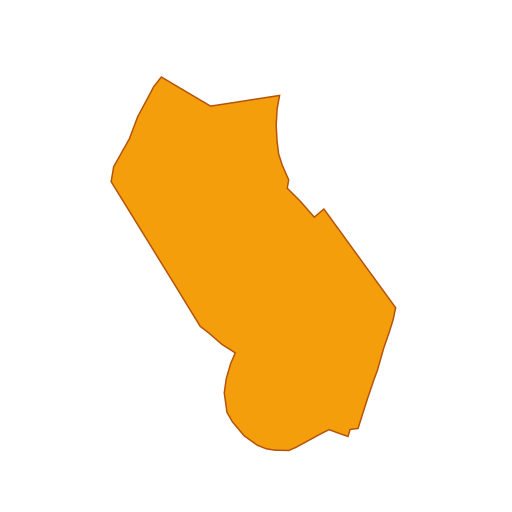 Tuol Kouk, Phnom Penh, Cambodia (Mercator projection), rotated 332°
{"feature_id": "14789045B87565610199894", "entity_name": "Tuol Kouk", "entity_type": "district", "adm_level": 2, "iso_a3": "KHM", "parent_name": "Cambodia", "parent_adm1": "Phnom Penh", "projection": "mercator", "projection_center": [104.898, 11.57], "detail": "fine", "context": "isolated", "style": "filled", "palette": "amber", "viewbox_px": 512, "rotation_deg": 332, "n_neighbors": 0, "source": "geoboundaries", "source_scale": "gbopen_adm2", "svg_char_len": 814}
<svg xmlns="http://www.w3.org/2000/svg" viewBox="0 0 512 512"><g transform="rotate(332 256 256)"><path d="M355.0,367.3L351.3,340.8L345.3,298.6L342.7,279.6L341.6,271.8L338.0,246.4L325.7,249.1L320.6,227.7L315.4,210.8L320.6,204.2L321.8,188.2L323.9,176.5L328.5,164.5L335.1,150.2L343.6,136.2L352.2,125.3L286.2,102.3L256.4,53.5L245.0,58.6L233.5,66.4L216.9,77.5L199.3,93.0L172.2,110.4L163.0,122.4L170.9,245.2L173.7,292.0L178.0,301.3L184.5,318.2L192.2,331.8L182.9,339.3L172.1,350.4L163.7,362.0L157.0,380.3L157.3,391.1L161.1,409.2L168.4,423.8L174.8,431.3L181.7,436.4L193.7,443.1L201.2,443.7L228.1,443.4L239.0,443.6L244.1,449.4L252.5,458.5L257.7,453.3L265.1,456.2L275.4,446.1L288.3,433.5L301.6,421.0L309.9,413.6L325.1,397.7L338.1,385.6L347.0,376.8L355.0,367.3Z" fill="#f59e0b" stroke="#b45309" stroke-width="1.5"/></g></svg>